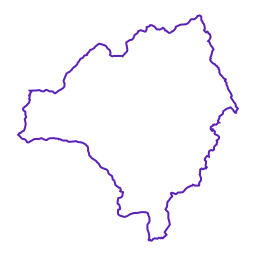 Tuan Giao, Điện Biên, Vietnam
{"feature_id": "81297802B47935602128313", "entity_name": "Tuan Giao", "entity_type": "district", "adm_level": 2, "iso_a3": "VNM", "parent_name": "Vietnam", "parent_adm1": "Điện Biên", "projection": "albers", "projection_center": [103.401, 21.645], "detail": "fine", "context": "isolated", "style": "outline", "palette": "violet", "viewbox_px": 256, "rotation_deg": 0, "n_neighbors": 0, "source": "geoboundaries", "source_scale": "gbopen_adm2", "svg_char_len": 5787}
<svg xmlns="http://www.w3.org/2000/svg" viewBox="0 0 256 256"><path d="M148.6,239.8L148.8,240.1L150.0,239.7L150.2,239.9L150.3,240.5L151.6,240.6L152.3,240.2L153.0,239.0L154.7,238.4L157.5,238.7L158.8,237.8L159.4,237.8L160.6,238.3L161.2,237.8L161.7,237.6L162.3,238.2L162.9,238.2L164.1,237.0L164.4,236.4L165.3,236.2L165.6,235.3L166.5,234.7L164.6,232.2L169.7,224.9L169.9,224.4L169.0,220.5L168.3,218.1L168.4,213.0L168.2,212.4L165.5,209.4L166.2,208.0L167.0,206.8L167.3,203.0L167.6,201.8L169.4,199.8L170.8,197.6L171.7,197.0L172.2,196.4L172.2,196.0L171.1,194.1L170.9,193.3L171.4,192.9L172.3,192.8L175.9,194.2L176.2,194.1L177.5,192.9L178.3,192.5L182.5,192.3L183.5,191.6L185.6,189.0L186.8,188.0L187.7,187.3L189.8,186.5L190.5,185.8L192.1,185.7L192.9,184.7L194.8,185.5L196.0,185.6L198.9,185.6L199.2,185.3L199.3,184.8L199.0,183.7L199.3,183.3L199.6,182.0L200.8,180.7L201.0,179.8L201.0,178.1L199.7,174.4L200.1,173.8L199.9,172.2L200.3,171.3L200.1,170.3L200.2,169.6L201.7,168.5L202.2,169.1L203.1,169.2L203.7,169.0L204.5,168.3L206.0,168.5L206.8,167.2L205.9,166.5L205.6,165.9L205.7,164.7L206.0,164.0L205.9,163.2L206.2,161.7L205.7,160.9L205.1,160.5L204.7,160.0L204.9,158.8L206.0,157.0L207.0,156.1L207.5,156.0L208.9,156.7L208.7,154.9L208.8,153.0L209.1,151.5L209.4,150.9L211.1,150.0L212.6,150.5L213.4,150.2L213.8,149.8L214.0,149.2L214.0,147.1L214.2,146.7L215.2,145.5L216.7,144.5L216.6,143.3L217.3,142.3L216.6,140.5L218.5,139.2L219.1,137.7L219.1,136.9L218.0,135.6L214.8,134.1L214.6,133.6L214.9,131.7L214.2,130.6L213.7,130.4L212.3,130.9L211.7,130.5L211.6,130.0L212.2,129.2L210.8,129.1L210.7,128.2L210.8,127.1L211.2,126.7L212.9,125.7L213.2,124.8L214.0,124.8L214.6,124.4L215.5,124.7L216.3,124.6L218.3,122.6L219.0,122.5L218.2,121.7L218.0,120.9L219.5,117.7L219.4,116.4L222.5,114.3L222.8,113.8L223.3,111.2L226.6,108.8L227.8,108.3L228.9,108.1L230.1,107.4L230.6,107.4L233.0,109.7L233.9,111.3L235.3,112.8L236.1,112.7L236.4,110.4L237.7,109.1L237.9,108.4L235.9,106.7L235.7,104.8L235.1,103.5L234.1,102.4L230.9,97.4L230.9,97.1L231.7,96.3L231.8,95.7L230.7,93.1L228.2,89.2L227.4,86.4L226.4,84.7L226.6,83.0L225.0,81.0L224.9,80.5L225.8,79.8L225.8,79.4L223.7,78.3L221.5,75.6L220.3,74.6L219.3,72.3L219.5,70.5L218.5,68.9L218.7,68.1L218.6,67.8L217.4,67.0L217.0,66.0L215.8,65.5L215.1,64.5L214.2,63.8L213.0,63.4L210.5,60.8L210.2,59.4L210.9,58.6L210.5,57.8L210.4,57.3L211.3,55.5L212.3,51.3L212.7,50.4L213.5,49.6L213.3,48.9L212.4,47.3L210.8,45.4L209.3,41.9L208.1,41.1L209.1,40.2L209.6,39.5L210.6,37.1L210.6,36.5L209.7,34.1L209.3,33.7L208.5,33.5L208.1,32.4L207.5,31.7L206.9,31.7L206.4,32.3L205.9,32.3L204.0,30.4L204.9,28.6L204.4,25.6L203.8,23.9L202.6,22.6L202.4,21.3L201.4,20.3L201.2,16.5L199.7,15.4L199.0,15.7L197.6,15.9L196.5,17.7L195.6,18.2L194.9,18.9L193.2,19.3L191.5,19.2L190.7,19.6L189.8,21.1L188.4,22.7L187.8,23.3L186.3,24.1L185.6,24.3L180.3,24.7L175.7,26.9L175.5,28.6L173.5,30.7L172.8,31.3L171.9,31.4L171.1,32.3L170.0,32.8L168.8,32.8L167.1,31.5L166.5,30.7L165.8,30.5L165.2,30.6L164.4,28.8L162.9,27.8L162.6,27.8L161.9,28.7L159.4,29.6L158.8,29.4L156.6,29.3L154.7,26.7L152.2,25.4L150.8,25.1L150.2,25.1L149.6,26.2L146.6,27.1L146.7,28.7L145.9,31.1L145.5,31.6L145.0,31.6L143.3,31.1L140.9,30.2L138.8,30.9L138.0,31.5L137.9,32.4L137.4,33.1L134.6,35.1L133.3,38.4L132.1,39.6L129.8,40.1L126.4,42.3L126.2,43.4L127.2,47.9L127.3,50.5L126.8,51.7L124.4,54.1L123.0,55.6L122.6,56.3L121.9,56.0L118.0,55.9L115.2,56.0L114.2,55.9L112.6,56.3L111.6,56.1L110.0,54.9L110.5,53.0L110.5,52.4L109.8,50.3L109.3,49.7L107.8,48.7L106.2,46.3L105.5,45.7L103.5,44.9L100.1,43.9L98.8,43.8L95.3,46.6L94.2,48.1L91.6,49.6L90.3,49.9L88.5,52.5L87.2,53.5L87.3,54.5L87.0,55.0L84.8,55.4L84.0,56.0L82.8,57.8L80.5,58.8L80.2,59.1L79.2,61.1L77.9,62.5L77.2,64.3L75.2,66.4L74.0,67.1L72.5,68.5L71.9,69.6L69.8,71.6L67.2,73.0L66.3,73.9L63.7,80.4L63.8,82.2L64.6,83.4L64.4,86.3L64.2,86.8L63.0,88.2L60.6,89.7L58.4,90.8L56.9,92.2L55.0,93.3L54.5,93.2L52.7,91.4L49.3,91.3L47.7,90.3L46.3,89.9L45.4,90.2L44.2,91.2L43.4,91.4L41.7,91.2L40.1,90.4L39.1,90.1L36.1,90.5L29.9,90.7L31.1,92.0L30.4,92.7L30.4,93.7L29.7,94.3L29.9,95.0L29.1,95.5L29.7,97.1L29.2,98.9L30.0,99.8L29.3,101.5L29.2,102.2L28.9,102.8L26.5,105.5L24.4,107.1L23.4,108.1L23.1,108.9L23.2,109.9L23.6,110.6L24.9,111.3L25.2,111.6L25.4,112.5L25.3,114.2L25.6,115.5L26.2,116.8L25.9,117.6L25.0,118.6L24.8,119.3L25.7,123.6L25.6,125.0L25.0,127.6L24.1,130.5L21.9,131.7L20.6,132.9L19.3,133.2L18.1,134.8L20.1,136.5L21.7,138.5L22.3,138.8L25.0,139.4L26.5,140.9L26.7,141.9L27.0,142.2L27.9,142.4L28.7,142.4L30.5,141.2L31.8,140.6L34.2,139.1L36.3,138.9L38.9,139.1L40.7,138.3L41.6,138.2L44.6,139.7L46.2,140.0L47.1,139.9L48.3,138.8L49.8,138.3L54.2,138.1L55.1,138.5L58.3,138.7L59.0,139.4L60.0,139.2L60.5,139.3L61.1,139.8L62.8,140.5L66.8,140.5L68.2,141.7L69.3,141.9L73.6,141.4L74.6,141.5L75.6,141.1L76.4,141.2L77.8,142.0L81.5,142.4L83.7,143.3L85.0,144.0L87.7,146.6L88.1,148.2L88.0,150.7L89.0,153.2L89.2,155.2L91.6,158.0L95.5,160.5L96.6,161.5L97.0,162.3L98.0,162.9L99.5,164.9L100.4,166.7L100.9,167.2L102.6,168.1L106.0,169.3L107.3,170.1L107.9,171.0L108.5,173.3L109.0,174.0L112.2,176.2L112.7,179.5L113.7,180.1L114.2,180.6L114.6,181.6L115.3,184.6L115.6,185.0L116.7,186.2L117.8,186.7L118.8,187.7L119.8,187.8L120.3,188.2L120.8,189.9L120.3,190.7L120.1,191.2L120.3,191.4L123.1,192.2L123.1,192.6L122.6,193.8L122.5,195.2L122.2,196.4L121.1,197.3L120.3,197.7L118.6,198.0L118.2,198.4L117.6,201.9L117.5,203.3L117.9,203.9L118.7,204.3L119.3,204.9L120.1,208.0L120.2,208.9L119.9,209.2L118.2,209.7L117.9,212.9L118.1,213.9L118.6,214.7L119.9,215.6L120.7,215.8L123.8,216.8L125.0,216.8L127.2,216.1L130.1,214.2L133.9,213.0L137.8,212.9L140.7,212.2L143.0,212.1L145.8,212.3L147.4,212.9L147.9,213.3L148.5,215.7L149.3,217.2L149.6,221.0L148.9,222.7L147.5,224.5L147.4,225.0L147.4,229.3L148.7,232.8L149.3,236.2L149.2,238.2L148.6,239.8Z" fill="none" stroke="#5b21b6" stroke-width="2"/></svg>